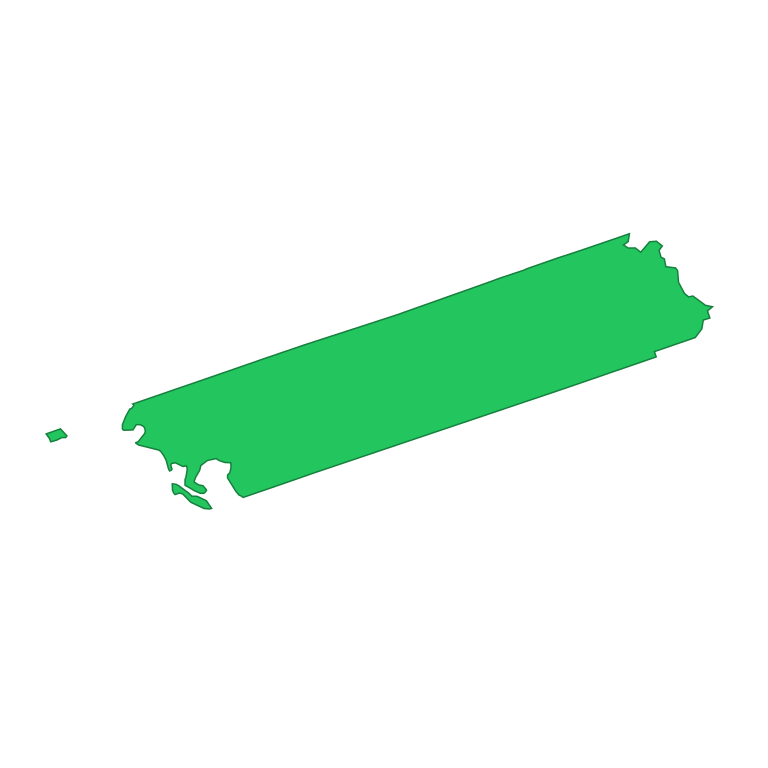 the district of Whatcom, Washington, United States of America, rotated 341°
{"feature_id": "52423323B9068998137459", "entity_name": "Whatcom", "entity_type": "district", "adm_level": 2, "iso_a3": "USA", "parent_name": "United States of America", "parent_adm1": "Washington", "projection": "robinson", "projection_center": [-122.187, 48.822], "detail": "fine", "context": "isolated", "style": "filled", "palette": "green", "viewbox_px": 768, "rotation_deg": 341, "n_neighbors": 0, "source": "geoboundaries", "source_scale": "gbopen_adm2", "svg_char_len": 1904}
<svg xmlns="http://www.w3.org/2000/svg" viewBox="0 0 768 768"><g transform="rotate(341 384 384)"><path d="M693.4,441.4L702.5,435.3L706.7,427.5L713.6,427.7L713.6,420.2L719.7,417.9L713.5,414.2L704.7,401.4L700.4,400.8L697.6,396.3L695.6,383.9L698.5,372.4L697.4,369.1L688.7,364.9L689.8,356.9L687.2,354.4L687.6,347.2L692.1,344.1L688.0,337.7L681.5,336.0L669.6,343.0L665.9,337.2L659.1,334.9L655.7,330.5L661.2,328.9L665.0,321.8L630.0,321.8L607.6,321.7L589.4,321.4L560.8,321.5L555.6,321.6L554.9,321.8L553.4,321.9L529.0,321.6L515.2,321.9L417.2,322.8L321.6,321.1L279.5,321.0L236.9,321.1L236.4,321.1L139.9,321.1L140.4,322.1L140.4,323.0L137.6,324.8L135.4,325.0L129.2,330.6L123.5,337.2L122.1,341.1L122.3,342.3L123.2,343.1L131.7,345.7L136.4,341.9L137.6,342.1L140.5,343.3L143.0,346.0L143.3,349.3L142.7,351.3L141.7,352.8L132.7,358.6L130.3,358.6L130.1,359.2L132.2,361.9L149.5,373.1L151.0,375.1L152.5,380.3L153.2,385.3L152.6,394.5L153.0,396.4L154.8,396.3L155.9,395.4L155.8,393.3L156.1,391.4L156.5,390.6L157.4,390.0L161.1,390.6L166.8,396.3L167.7,396.8L170.4,396.8L170.6,398.0L170.2,400.6L166.4,407.6L164.8,409.5L162.9,414.9L170.4,423.6L174.8,427.6L177.6,428.6L179.0,428.5L181.5,426.9L181.6,426.0L179.7,421.2L176.0,419.1L172.7,415.1L173.0,414.0L175.6,410.8L181.4,405.8L183.8,402.2L184.1,401.5L192.2,398.8L201.0,399.9L203.1,402.6L207.2,405.8L207.8,406.3L213.5,408.6L212.8,410.9L212.1,413.4L209.2,417.8L206.5,419.1L205.5,421.8L208.9,436.9L210.7,441.7L212.4,443.3L213.9,445.4L259.5,445.4L289.2,445.3L290.7,445.3L552.7,447.0L650.2,447.0L650.2,441.4L693.4,441.4ZM149.5,415.4L149.6,418.2L150.4,420.5L155.0,420.5L157.9,422.4L162.9,433.1L173.4,443.2L178.5,445.4L180.5,445.5L178.1,436.6L170.8,429.4L165.7,427.4L164.2,424.1L156.8,413.4L154.8,411.2L151.3,409.4L149.5,415.4ZM48.3,321.2L49.9,326.6L50.1,330.2L56.5,330.5L61.9,329.8L65.5,331.0L67.3,329.8L63.5,321.1L48.3,321.2Z" fill="#22c55e" stroke="#15803d" stroke-width="1.5"/></g></svg>